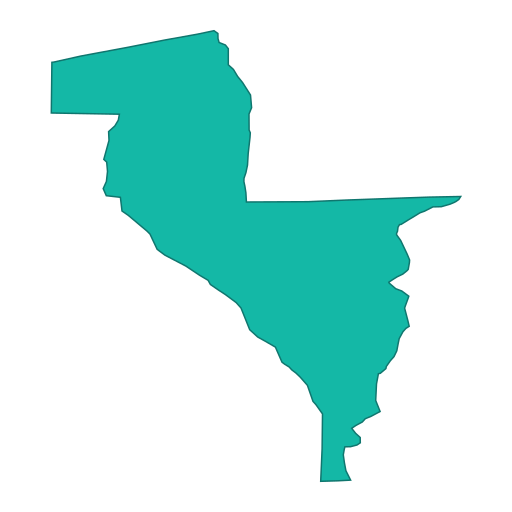 the district of Ingall, Agadez, Niger
{"feature_id": "23599985B91742674817727", "entity_name": "Ingall", "entity_type": "district", "adm_level": 2, "iso_a3": "NER", "parent_name": "Niger", "parent_adm1": "Agadez", "projection": "albers", "projection_center": [6.528, 17.43], "detail": "fine", "context": "isolated", "style": "filled", "palette": "teal", "viewbox_px": 512, "rotation_deg": 0, "n_neighbors": 0, "source": "geoboundaries", "source_scale": "gbopen_adm2", "svg_char_len": 1910}
<svg xmlns="http://www.w3.org/2000/svg" viewBox="0 0 512 512"><path d="M265.4,341.3L275.4,347.1L282.0,362.2L284.8,364.3L289.2,367.0L291.7,369.8L295.9,373.0L300.1,377.0L307.4,385.3L313.0,401.4L315.9,404.6L322.5,413.9L322.1,448.9L320.7,481.3L337.9,480.8L349.3,480.2L350.6,480.1L345.9,470.7L344.4,462.7L343.3,454.8L344.2,449.6L344.9,446.8L350.5,446.7L357.0,445.0L360.3,442.8L360.2,437.5L355.6,433.3L351.7,428.3L356.0,425.4L358.0,424.3L362.3,422.0L365.3,418.7L371.1,416.3L380.1,411.5L375.7,400.5L376.5,383.9L378.4,373.7L380.3,373.3L385.9,368.6L386.3,366.5L390.3,360.8L394.0,356.6L396.8,350.8L398.2,343.4L399.2,338.6L402.9,331.8L405.9,328.4L409.2,326.3L407.9,320.8L404.6,308.1L405.3,306.0L408.1,298.3L408.8,296.2L401.8,291.0L395.7,288.7L389.2,283.1L388.8,282.2L393.5,279.1L397.2,276.8L402.8,274.1L407.0,270.7L408.2,269.4L409.4,262.7L409.4,262.9L409.6,260.0L407.2,254.2L400.7,240.5L396.6,234.8L396.6,233.2L397.5,231.3L398.0,227.2L399.5,224.6L401.1,224.4L408.5,219.8L415.3,215.7L420.0,212.8L424.5,211.2L432.9,206.9L441.3,206.7L450.0,204.2L453.8,202.6L455.8,201.6L458.8,199.5L460.7,196.5L429.4,197.1L403.3,198.0L347.7,200.0L307.9,201.7L246.4,202.0L245.9,192.8L244.9,186.3L243.9,181.6L244.0,178.3L245.9,172.7L247.5,165.1L248.2,153.5L250.0,137.4L250.3,132.8L249.1,130.0L249.0,114.0L251.6,107.7L250.5,95.0L242.6,82.6L237.6,76.4L233.4,69.4L228.3,64.8L228.3,48.7L225.4,45.0L219.1,42.5L218.0,38.6L217.9,33.5L214.0,30.7L197.3,34.2L164.9,40.0L127.9,47.3L101.0,52.3L80.6,56.1L53.7,62.1L51.9,62.3L51.3,113.0L119.4,114.2L118.3,120.2L114.8,126.0L108.6,131.6L109.0,140.4L103.8,159.4L106.7,162.1L107.5,171.5L106.4,181.5L103.2,188.6L106.3,195.7L120.4,197.3L122.0,211.0L128.2,215.3L146.9,231.0L150.0,234.1L157.2,249.4L165.0,255.2L185.9,266.1L199.5,275.2L208.1,280.3L210.4,284.5L219.0,290.4L225.3,294.5L236.2,302.6L241.0,308.0L244.5,316.7L249.7,329.7L257.7,337.0L265.4,341.3Z" fill="#14b8a6" stroke="#0f766e" stroke-width="1.5"/></svg>